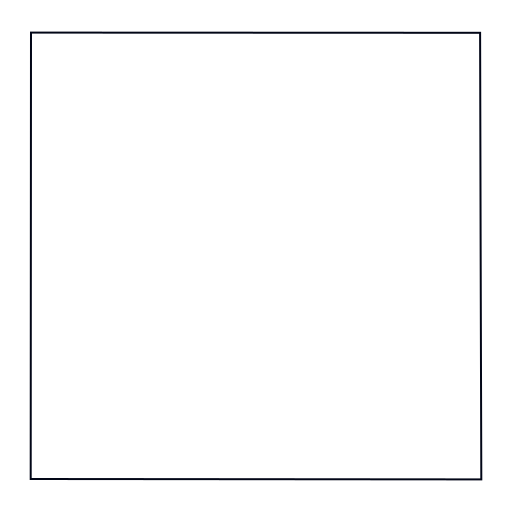 outline of Wheeler, Texas, United States of America
{"feature_id": "52423323B41320659077500", "entity_name": "Wheeler", "entity_type": "district", "adm_level": 2, "iso_a3": "USA", "parent_name": "United States of America", "parent_adm1": "Texas", "projection": "orthographic", "projection_center": [-100.27, 35.401], "detail": "fine", "context": "isolated", "style": "outline", "palette": "ink", "viewbox_px": 512, "rotation_deg": 0, "n_neighbors": 0, "source": "geoboundaries", "source_scale": "gbopen_adm2", "svg_char_len": 193}
<svg xmlns="http://www.w3.org/2000/svg" viewBox="0 0 512 512"><path d="M31.0,32.6L30.7,479.0L481.3,479.4L480.6,234.1L480.1,32.8L31.0,32.6Z" fill="none" stroke="#020617" stroke-width="2"/></svg>